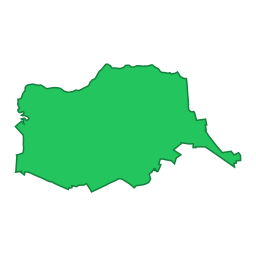 outline of Misca, Arad, Romania
{"feature_id": "2599482B74682975600135", "entity_name": "Misca", "entity_type": "district", "adm_level": 2, "iso_a3": "ROU", "parent_name": "Romania", "parent_adm1": "Arad", "projection": "natural_earth1", "projection_center": [21.638, 46.618], "detail": "fine", "context": "isolated", "style": "filled", "palette": "green", "viewbox_px": 256, "rotation_deg": 0, "n_neighbors": 0, "source": "geoboundaries", "source_scale": "gbopen_adm2", "svg_char_len": 5568}
<svg xmlns="http://www.w3.org/2000/svg" viewBox="0 0 256 256"><path d="M20.8,172.3L24.3,174.9L24.5,174.6L24.8,172.1L26.1,171.9L27.4,172.0L29.5,172.6L33.1,174.2L33.7,174.6L42.6,178.3L47.0,180.5L47.7,180.8L49.6,181.5L50.6,181.9L51.0,181.9L51.5,181.8L51.8,181.8L52.2,181.9L52.8,182.3L53.4,182.7L53.8,183.1L68.2,189.5L68.7,188.1L69.2,188.1L70.0,187.9L71.7,187.8L72.2,186.8L72.3,186.6L72.4,186.4L72.3,186.2L72.0,185.7L73.0,185.8L74.4,186.1L76.5,186.6L77.1,186.3L78.0,185.8L78.9,185.2L84.0,185.0L86.5,183.7L90.6,189.9L90.8,190.6L91.6,191.9L107.4,184.4L107.5,184.1L116.1,180.2L118.1,179.2L118.4,178.7L118.5,178.7L120.2,178.8L120.9,178.9L121.3,179.0L122.6,179.5L128.1,182.9L131.6,185.5L133.0,186.7L133.7,187.3L134.1,187.8L134.5,187.6L135.1,186.9L136.4,185.6L136.9,185.4L137.6,185.3L137.9,185.5L138.8,185.5L139.3,185.3L140.0,185.2L140.8,185.1L143.3,184.7L145.2,184.1L147.5,183.2L149.4,181.5L149.7,180.7L150.2,179.8L150.6,178.4L150.0,177.5L150.0,176.9L149.8,176.1L149.3,174.6L149.4,173.8L150.3,173.2L152.0,171.8L153.4,169.5L153.6,169.0L154.0,168.7L154.5,168.5L154.8,168.5L155.0,168.6L155.0,168.8L155.0,169.1L154.8,169.3L154.4,169.7L154.3,170.3L154.5,170.5L154.8,170.4L155.0,169.9L155.3,169.7L155.5,169.6L155.7,169.9L155.7,170.1L155.5,170.5L155.9,170.8L156.3,170.6L156.5,170.5L156.8,170.5L157.0,170.7L157.1,171.0L156.8,171.2L156.8,171.5L157.2,171.6L157.8,171.5L159.6,167.8L160.8,164.6L158.8,164.2L160.2,159.3L161.7,159.0L162.4,159.0L165.2,159.6L171.6,160.8L174.5,163.8L176.3,157.9L180.9,154.8L173.5,149.9L176.8,147.2L180.4,144.2L180.8,144.2L181.1,142.8L188.9,143.9L193.3,143.8L193.0,147.6L195.9,147.6L195.9,146.9L199.9,146.8L205.4,146.9L205.6,147.1L213.7,152.6L229.0,163.3L234.5,167.1L234.5,166.2L234.0,164.9L234.2,163.4L236.3,163.0L236.1,161.1L236.3,160.8L240.6,160.5L240.5,155.6L239.9,154.5L238.5,152.7L234.1,154.9L231.2,151.3L225.7,152.1L222.3,152.6L216.2,145.5L211.5,139.5L209.0,136.3L205.1,130.3L206.2,130.1L205.3,125.1L206.7,124.9L205.5,119.1L203.3,119.5L201.9,119.6L199.8,119.9L197.4,120.3L196.5,120.4L196.4,119.6L195.9,117.9L195.3,115.5L194.3,112.0L193.2,111.6L192.5,111.9L190.8,111.5L189.8,110.9L188.9,110.1L188.3,106.5L188.5,104.5L188.4,103.0L187.0,84.7L187.0,83.9L186.4,78.6L185.9,78.5L184.8,78.5L183.4,78.3L180.7,76.8L179.6,75.4L178.7,73.9L178.2,73.1L177.5,72.0L176.4,72.6L174.7,73.5L171.0,73.8L170.4,73.1L170.0,72.7L169.8,72.8L168.5,73.1L167.5,73.2L164.9,72.6L162.4,72.5L161.2,72.1L160.3,71.4L159.8,70.8L159.4,70.1L158.7,69.1L156.9,68.0L156.0,67.6L154.6,66.8L153.7,66.2L153.3,65.5L152.8,65.2L152.4,65.0L151.8,64.9L151.1,65.0L150.4,65.2L149.8,65.4L149.1,65.6L148.4,65.9L147.9,66.0L147.1,66.1L146.2,66.0L145.5,66.0L144.7,66.0L143.6,66.1L142.7,66.2L142.3,66.3L141.8,66.2L140.9,65.9L140.1,65.9L139.1,65.9L138.3,65.8L137.5,65.8L137.0,65.8L136.4,65.9L135.7,66.2L134.7,66.7L134.3,66.9L133.8,67.0L133.2,67.1L132.6,67.1L132.1,67.1L131.4,67.0L130.8,66.6L130.4,66.2L129.9,65.8L129.6,65.5L129.2,65.4L128.6,65.3L128.1,65.3L127.3,65.3L126.6,65.3L125.8,65.4L125.2,65.7L124.7,66.2L124.4,66.6L123.9,67.2L123.4,67.6L122.7,67.8L121.8,68.1L121.3,68.2L120.9,68.4L120.5,68.5L119.6,68.5L116.8,68.2L115.8,68.1L115.0,68.0L114.2,68.0L113.4,68.1L112.8,68.2L112.1,68.0L111.4,67.5L111.0,67.0L110.9,66.6L110.8,66.2L110.6,65.8L110.0,65.4L109.2,65.2L107.6,64.1L107.2,64.1L106.6,64.2L105.8,64.4L105.5,64.7L102.5,68.3L101.1,69.9L100.8,70.2L99.8,70.9L99.3,71.4L98.6,72.5L95.3,78.4L94.9,78.8L92.6,79.8L91.9,80.3L90.1,82.3L89.2,84.7L87.9,86.0L79.1,90.5L78.5,90.6L77.0,90.2L76.4,90.1L75.7,90.2L73.2,91.4L72.5,91.6L68.9,92.2L68.3,92.3L67.8,92.2L66.6,91.9L64.6,91.3L64.0,91.1L63.4,90.7L62.9,90.3L61.2,88.9L60.9,88.7L60.2,88.4L58.7,88.0L57.5,87.8L54.6,87.6L54.1,87.6L53.4,87.6L51.7,87.9L50.2,88.2L48.6,88.4L47.5,88.6L46.9,88.6L46.6,88.6L45.9,88.3L43.2,86.5L41.1,85.1L40.7,85.0L39.8,85.1L38.4,85.3L38.2,85.3L36.6,85.0L34.0,84.3L33.5,84.3L32.6,84.2L31.7,84.3L28.3,84.8L27.9,84.9L27.6,85.0L27.4,85.1L25.7,86.6L25.5,87.0L25.2,87.6L25.1,87.9L25.1,88.4L25.2,89.5L25.2,90.0L25.0,90.7L23.8,92.2L23.2,93.1L22.6,94.4L22.0,96.0L21.9,96.5L21.7,97.0L21.5,97.4L21.3,97.9L21.0,98.2L20.7,98.5L20.4,98.8L19.8,99.0L18.6,99.3L17.9,99.4L18.2,101.1L18.0,102.6L17.8,103.6L17.7,104.0L17.8,104.4L18.0,105.0L18.3,105.7L19.1,107.4L19.5,108.3L19.4,108.5L19.3,108.8L18.6,108.9L18.4,109.0L18.1,109.3L18.0,109.6L17.9,109.8L17.9,110.3L18.0,110.8L18.2,111.3L18.4,111.7L18.6,111.9L18.9,112.2L19.1,112.3L19.6,112.5L20.3,112.5L20.9,112.5L21.9,112.0L22.3,111.9L22.7,111.8L23.2,111.8L23.6,111.9L23.9,112.1L24.0,112.4L24.0,112.8L23.8,113.4L23.5,113.8L22.8,114.3L22.0,114.8L21.5,115.3L21.9,115.4L22.3,115.6L22.5,115.7L23.3,115.6L24.2,115.5L24.8,115.6L25.3,115.7L25.9,116.1L26.5,116.3L27.1,116.5L27.7,116.7L28.1,117.2L28.6,117.8L29.0,118.2L28.9,118.6L28.1,119.3L27.6,120.0L27.2,120.4L26.8,120.4L26.4,120.2L26.0,120.0L25.4,119.2L25.0,118.7L24.7,118.3L24.2,118.2L23.9,118.2L23.3,118.4L22.3,118.7L21.3,119.0L21.7,119.3L22.2,119.5L22.5,119.6L23.1,119.6L23.6,119.9L23.7,120.0L23.6,120.5L23.4,120.8L23.3,121.4L23.3,121.8L23.4,122.4L23.5,122.8L24.1,123.9L24.7,124.7L23.8,123.8L23.3,123.3L21.4,121.3L16.0,126.0L15.4,126.5L16.9,128.2L18.0,129.4L18.9,130.3L19.9,131.4L21.1,132.7L21.9,133.7L22.7,134.5L23.0,134.9L23.1,135.3L23.2,135.5L23.3,135.7L23.3,135.8L23.3,136.0L23.4,136.5L23.4,136.8L23.4,137.2L23.4,138.2L23.4,139.2L23.5,139.9L23.5,140.5L23.5,141.2L23.5,141.4L23.4,141.5L23.3,143.0L23.3,144.3L23.4,145.1L23.5,146.3L23.6,147.2L23.6,148.2L23.5,149.1L23.5,150.0L23.3,151.3L23.1,152.4L22.8,152.8L22.5,153.2L22.3,153.3L18.9,154.4L16.5,155.0L16.9,155.7L15.9,171.3L15.7,172.2L21.3,171.3L20.8,172.3Z" fill="#22c55e" stroke="#15803d" stroke-width="1.5"/></svg>